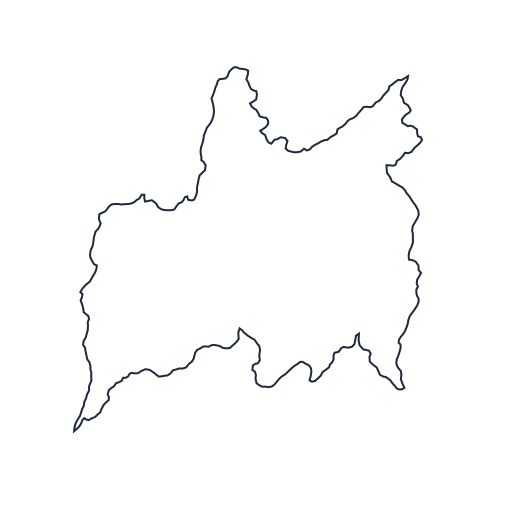 Itapecerica, Minas Gerais, Brazil (Equal Earth projection), rotated 189°
{"feature_id": "56859067B8389558658306", "entity_name": "Itapecerica", "entity_type": "district", "adm_level": 2, "iso_a3": "BRA", "parent_name": "Brazil", "parent_adm1": "Minas Gerais", "projection": "equal_earth", "projection_center": [-45.108, -20.455], "detail": "fine", "context": "isolated", "style": "outline", "palette": "slate", "viewbox_px": 512, "rotation_deg": 189, "n_neighbors": 0, "source": "geoboundaries", "source_scale": "gbopen_adm2", "svg_char_len": 6003}
<svg xmlns="http://www.w3.org/2000/svg" viewBox="0 0 512 512"><g transform="rotate(189 256 256)"><path d="M297.7,438.7L301.6,438.5L304.9,439.4L307.4,438.8L309.6,436.4L311.4,433.6L312.1,429.4L313.8,426.7L316.8,425.7L319.6,425.0L321.1,422.9L321.5,419.2L322.5,415.9L322.9,412.2L323.6,408.4L324.6,404.8L322.9,400.9L321.3,396.9L320.1,392.2L319.9,387.7L320.7,383.2L322.1,379.3L324.5,375.2L325.5,370.9L326.3,366.9L326.2,362.4L326.6,358.5L327.3,354.7L327.2,351.3L326.5,347.9L325.4,345.2L325.0,342.1L322.4,340.7L319.9,337.6L319.8,332.8L322.1,329.7L324.3,326.9L324.7,323.0L324.8,318.2L325.0,314.6L324.3,310.7L324.6,306.4L326.0,301.9L328.2,300.8L331.8,300.9L333.3,304.1L335.4,303.0L336.4,299.8L337.8,297.4L340.6,295.9L342.2,293.0L343.9,289.3L346.1,288.2L348.4,287.7L350.6,287.4L352.8,287.1L356.0,287.2L358.9,288.2L360.9,289.6L362.3,291.7L364.4,293.2L367.7,294.8L371.0,293.5L374.1,292.4L375.3,295.4L375.9,299.0L378.4,298.7L380.3,294.5L382.8,292.4L384.8,290.1L386.9,288.7L389.1,287.7L392.3,286.9L394.6,286.5L396.8,285.8L400.8,285.8L403.5,285.2L406.5,284.5L408.9,282.0L410.6,278.6L412.0,276.4L414.3,274.9L417.2,272.9L417.2,269.3L416.2,266.5L414.5,264.0L415.1,261.0L416.1,258.1L418.3,255.0L419.0,248.9L418.8,244.2L419.0,240.0L420.2,235.7L420.1,230.9L419.0,228.0L416.9,225.2L414.6,222.5L411.8,221.8L411.6,218.4L412.3,214.7L414.1,210.2L416.2,204.6L418.5,202.1L420.6,199.4L422.6,196.2L423.8,192.7L421.4,191.3L421.5,187.8L422.3,184.7L420.3,181.2L418.7,177.7L417.3,173.5L414.6,171.9L412.3,170.6L411.1,167.9L411.8,164.2L411.0,160.5L410.6,156.4L411.0,152.7L411.5,148.7L413.0,144.9L412.9,141.2L410.5,138.6L409.4,135.0L407.7,130.7L406.4,127.4L404.0,125.1L402.4,121.7L401.8,118.1L400.4,115.0L400.0,111.7L399.1,107.2L400.5,101.2L399.8,96.9L401.2,93.0L401.6,89.0L402.7,85.3L402.7,81.0L403.6,78.3L404.1,75.3L404.8,70.7L406.6,66.4L408.0,62.5L408.4,59.0L408.3,54.5L405.9,57.2L404.0,59.8L402.5,63.3L401.8,66.7L400.3,69.0L398.3,68.0L395.7,67.7L392.9,69.9L389.5,72.0L387.6,74.8L385.5,77.0L384.4,81.7L383.0,85.4L381.2,88.0L379.0,90.5L379.2,93.6L380.9,96.2L380.3,100.6L378.4,102.8L375.9,105.0L374.3,108.5L372.0,109.6L369.1,111.8L368.2,114.9L365.5,115.4L363.5,117.0L362.5,119.7L360.6,121.2L358.1,121.0L354.2,121.8L351.4,124.4L347.5,126.9L343.2,126.9L340.2,125.5L337.5,124.1L335.4,122.8L332.9,121.7L329.8,122.6L327.4,123.5L324.7,124.2L322.1,126.6L320.3,130.0L317.4,131.3L314.3,132.9L310.8,133.4L307.6,135.0L305.4,138.9L303.1,141.3L301.6,144.4L300.9,151.0L299.5,154.0L296.9,155.8L293.9,158.4L290.9,158.9L288.6,159.0L285.9,161.0L283.4,161.6L280.4,161.6L277.3,161.3L274.6,160.1L270.8,160.1L267.4,161.1L265.2,163.8L263.1,166.3L261.5,168.6L260.1,171.4L260.8,174.3L261.5,177.6L260.9,181.9L258.0,180.4L256.2,178.7L254.1,177.5L251.7,176.1L249.4,175.0L246.9,174.0L244.8,173.4L242.9,171.6L240.9,169.4L238.9,167.9L237.2,163.7L237.3,158.5L235.9,153.6L237.4,150.3L240.0,149.3L241.9,147.5L241.8,142.9L239.0,141.6L237.5,138.6L237.3,134.9L235.6,130.5L232.7,128.9L229.5,127.9L226.4,128.4L223.3,128.4L219.8,129.7L217.4,132.3L215.3,136.0L213.4,138.9L211.7,141.1L209.4,142.9L207.3,145.5L205.2,148.2L203.2,150.8L200.9,153.4L198.2,155.8L195.8,158.3L193.4,158.8L190.8,157.6L187.9,156.8L185.8,155.6L184.1,153.6L183.2,150.5L183.2,146.0L183.6,141.5L181.0,140.6L178.2,141.8L175.7,144.9L173.4,147.8L172.1,151.8L168.8,155.0L166.4,157.6L165.9,160.6L164.2,162.8L163.2,166.1L163.9,169.7L163.3,172.7L159.4,174.3L157.4,178.3L155.4,179.9L153.1,179.8L150.2,180.0L147.0,181.4L145.0,184.3L144.8,189.0L144.8,192.8L142.2,195.4L141.8,191.5L141.3,188.3L139.8,184.2L137.5,182.2L135.4,180.6L132.6,180.4L129.7,180.2L127.5,177.7L128.1,173.9L127.1,169.5L123.3,166.9L119.5,164.9L117.0,161.3L115.1,158.1L111.3,156.8L108.8,156.8L106.3,155.5L104.1,154.4L101.5,151.8L98.4,149.3L96.4,147.3L94.1,146.6L91.0,147.1L88.8,149.0L91.2,152.5L93.7,157.1L93.8,161.3L94.9,165.0L97.9,167.6L99.6,169.7L100.7,172.3L100.8,176.3L99.8,179.7L99.2,184.1L98.8,187.9L99.5,191.3L101.5,192.5L101.7,195.6L100.5,198.5L98.8,201.4L97.3,204.6L96.2,208.8L95.5,213.0L95.5,216.7L94.6,221.1L92.5,225.0L90.8,228.3L89.0,232.5L88.2,236.1L88.8,239.5L90.5,241.5L91.7,244.1L92.4,247.8L91.3,251.1L93.0,254.0L93.1,257.9L91.6,261.5L90.3,265.1L93.2,267.6L94.1,272.1L97.2,275.2L99.7,276.2L102.2,276.4L104.4,276.4L105.3,280.4L105.2,284.8L103.8,289.7L103.1,293.7L103.8,298.1L104.6,302.8L105.8,305.3L105.8,310.4L104.1,314.4L102.5,318.6L101.7,322.3L102.8,326.1L104.9,329.1L106.9,331.5L108.9,333.3L111.1,335.7L113.3,338.4L115.7,340.5L117.5,342.1L119.6,344.7L122.1,346.6L125.6,347.9L130.1,349.7L133.6,351.0L135.4,354.3L137.3,356.3L139.5,358.4L140.6,362.4L141.3,366.1L138.0,366.5L134.6,366.6L132.4,367.9L131.7,371.9L128.7,374.7L126.4,378.2L125.0,381.3L122.0,381.3L118.8,383.0L116.6,387.3L113.8,390.7L111.6,393.4L110.2,396.6L111.8,399.1L114.8,399.6L115.9,402.3L116.8,406.2L118.9,407.2L120.9,408.4L123.8,408.9L126.5,408.0L129.4,409.3L132.3,410.4L133.2,413.8L131.2,417.5L129.4,419.7L127.2,421.5L126.0,423.9L127.4,426.3L129.9,428.9L133.7,430.4L135.8,434.8L138.2,437.4L138.4,442.1L137.6,446.1L135.4,450.5L134.0,454.1L134.0,457.5L137.2,454.6L140.1,452.4L143.1,452.2L145.9,449.5L148.3,446.7L150.8,444.5L151.1,440.6L153.1,437.8L155.3,434.4L157.0,430.9L158.9,428.3L161.8,426.3L164.1,422.1L166.7,420.8L170.3,420.7L173.1,419.9L174.8,416.9L177.3,413.0L179.3,409.7L181.8,407.3L184.7,405.7L186.8,403.3L188.4,400.4L190.9,397.4L193.3,395.7L195.4,393.6L195.5,389.7L198.1,387.3L200.6,385.5L203.7,381.9L206.5,381.1L209.7,379.2L212.4,376.9L215.1,375.0L217.5,372.9L219.4,369.8L222.2,368.2L225.3,369.5L228.0,366.3L231.1,365.1L234.5,364.4L240.7,364.9L243.5,366.8L243.5,370.7L242.9,374.6L245.8,377.1L250.4,377.1L252.9,374.8L256.0,373.7L258.4,369.3L261.2,370.0L263.6,372.6L265.9,376.9L269.6,378.5L271.4,380.4L269.4,382.1L266.5,384.8L264.7,388.3L265.2,391.7L267.6,394.1L271.0,394.0L274.3,394.6L276.3,397.8L278.6,400.4L280.8,401.2L283.7,403.0L285.8,405.8L282.6,408.4L280.3,410.7L280.3,415.6L281.5,418.8L284.7,419.2L287.2,420.3L289.1,423.1L290.8,426.2L293.2,429.2L292.4,434.5L292.8,437.9L295.1,438.6L297.7,438.7Z" fill="none" stroke="#1e293b" stroke-width="2"/></g></svg>